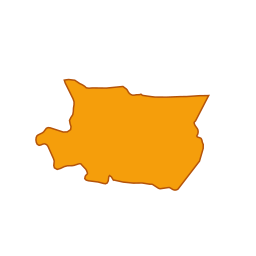 Nyanga, Natural Earth projection, rotated 136°
{"feature_id": "GAB-2623", "entity_name": "Nyanga", "entity_type": "Province", "adm_level": 1, "iso_a3": "GAB", "parent_name": "Gabon", "parent_adm1": "", "projection": "natural_earth1", "projection_center": [11.138, -3.095], "detail": "fine", "context": "isolated", "style": "filled", "palette": "amber", "viewbox_px": 256, "rotation_deg": 136, "n_neighbors": 0, "source": "natural_earth", "source_scale": "10m", "svg_char_len": 1827}
<svg xmlns="http://www.w3.org/2000/svg" viewBox="0 0 256 256"><g transform="rotate(136 128 128)"><path d="M174.7,100.8L173.9,104.4L174.3,106.6L175.7,106.3L178.9,103.7L181.2,102.9L182.9,103.5L184.2,105.2L187.0,109.9L193.1,117.5L194.3,119.6L194.3,121.6L192.3,123.0L190.4,123.3L189.3,123.2L188.5,123.7L187.4,126.1L187.0,127.7L186.9,134.2L186.8,134.7L186.9,135.1L187.6,135.9L188.3,136.4L192.8,138.6L194.5,139.8L197.8,142.9L200.7,144.5L204.6,145.8L207.7,147.4L208.6,150.5L207.5,152.5L204.0,155.5L202.9,157.7L198.3,170.4L198.1,172.5L198.9,174.5L200.5,175.6L202.4,176.3L204.0,177.3L204.6,179.3L203.9,181.4L202.5,183.4L200.7,184.9L199.3,185.5L199.1,185.6L197.6,185.5L193.0,184.0L191.4,183.8L186.9,184.5L185.2,183.8L183.8,182.1L177.4,170.1L174.4,167.4L170.4,166.7L168.1,168.5L166.6,171.4L164.8,174.1L161.8,175.2L158.4,176.0L155.8,177.9L153.4,180.2L150.7,182.2L148.6,184.3L147.2,187.3L141.9,204.0L140.6,206.7L139.0,205.6L137.0,204.1L133.1,199.3L131.8,193.3L131.1,191.6L130.6,189.9L130.2,188.1L130.1,185.9L128.5,183.8L125.7,181.5L115.8,171.7L102.8,161.4L102.1,157.2L102.2,155.7L102.7,154.1L103.0,152.0L102.7,150.2L101.9,148.4L100.7,147.3L98.9,146.1L96.6,144.0L95.2,143.3L94.9,141.4L91.9,137.5L90.8,136.1L89.3,134.2L87.1,131.5L78.6,123.2L68.3,114.0L64.1,110.0L53.7,101.2L48.8,96.5L47.4,95.3L50.5,94.3L74.5,86.2L76.1,86.2L76.9,85.8L77.6,84.4L78.0,83.3L78.6,79.4L78.9,78.4L79.5,77.4L80.3,76.4L81.8,75.3L82.8,74.9L83.7,74.7L84.2,74.2L84.3,73.6L84.1,72.9L83.0,70.8L82.7,69.9L82.9,68.9L83.4,67.7L84.4,66.2L85.3,63.9L88.1,61.1L99.6,54.5L134.6,49.3L135.8,49.7L136.7,50.2L137.5,50.9L138.1,51.8L138.5,52.7L138.8,53.7L139.0,54.6L139.2,55.5L139.6,56.4L140.3,57.1L147.0,61.9L147.6,62.7L148.0,63.7L149.5,70.2L149.9,71.0L151.5,72.6L156.1,78.7L162.5,84.7L169.0,92.4L174.6,100.8L174.7,100.8Z" fill="#f59e0b" stroke="#b45309" stroke-width="1.5"/></g></svg>